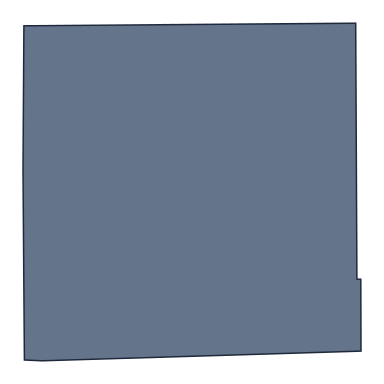 Grundy, Missouri, United States of America (Albers equal-area conic projection)
{"feature_id": "52423323B63054850520902", "entity_name": "Grundy", "entity_type": "district", "adm_level": 2, "iso_a3": "USA", "parent_name": "United States of America", "parent_adm1": "Missouri", "projection": "albers", "projection_center": [-93.583, 40.113], "detail": "fine", "context": "isolated", "style": "filled", "palette": "slate", "viewbox_px": 384, "rotation_deg": 0, "n_neighbors": 0, "source": "geoboundaries", "source_scale": "gbopen_adm2", "svg_char_len": 233}
<svg xmlns="http://www.w3.org/2000/svg" viewBox="0 0 384 384"><path d="M24.4,360.0L42.1,360.8L361.0,351.1L360.8,279.2L356.9,279.2L355.7,23.2L23.9,25.8L23.0,169.7L24.4,360.0Z" fill="#64748b" stroke="#1e293b" stroke-width="1.5"/></svg>